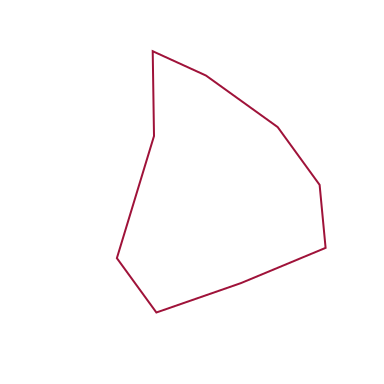 the state/province of Buada, rotated 138°
{"feature_id": "NRU-4970", "entity_name": "Buada", "entity_type": "state/province", "adm_level": 1, "iso_a3": "NRU", "parent_name": "Nauru", "parent_adm1": "", "projection": "equal_earth", "projection_center": [166.925, -0.53], "detail": "fine", "context": "isolated", "style": "outline", "palette": "rose", "viewbox_px": 384, "rotation_deg": 138, "n_neighbors": 0, "source": "natural_earth", "source_scale": "10m", "svg_char_len": 282}
<svg xmlns="http://www.w3.org/2000/svg" viewBox="0 0 384 384"><g transform="rotate(138 192 192)"><path d="M299.1,126.3L292.1,193.1L182.8,259.0L127.0,322.9L103.7,269.2L84.9,182.9L92.4,111.9L130.1,61.1L216.7,91.6L299.1,126.3Z" fill="none" stroke="#9f1239" stroke-width="2"/></g></svg>